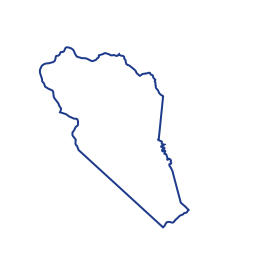 the district of La Trinidad, Comayagua, Honduras, rotated 231°
{"feature_id": "27666195B66687640419438", "entity_name": "La Trinidad", "entity_type": "district", "adm_level": 2, "iso_a3": "HND", "parent_name": "Honduras", "parent_adm1": "Comayagua", "projection": "mercator", "projection_center": [-87.659, 14.702], "detail": "fine", "context": "isolated", "style": "outline", "palette": "blue", "viewbox_px": 256, "rotation_deg": 231, "n_neighbors": 0, "source": "geoboundaries", "source_scale": "gbopen_adm2", "svg_char_len": 5721}
<svg xmlns="http://www.w3.org/2000/svg" viewBox="0 0 256 256"><g transform="rotate(231 128 128)"><path d="M191.0,167.5L190.8,165.5L190.9,164.9L191.9,163.9L192.8,163.5L193.2,163.3L193.4,163.1L193.7,162.7L194.4,161.5L195.1,160.6L195.4,160.4L197.1,159.7L198.5,158.9L199.2,158.3L200.1,157.8L200.4,157.5L200.6,157.3L201.0,156.6L201.1,156.1L201.0,155.8L201.0,155.6L201.4,154.5L202.6,151.7L202.8,151.1L202.7,150.9L202.4,150.6L202.2,150.5L201.9,150.4L201.7,150.2L201.5,149.8L201.4,149.2L201.3,148.9L201.5,148.2L201.5,147.7L201.4,147.3L201.2,146.8L201.2,146.4L201.2,145.9L201.3,145.4L201.6,144.3L202.3,142.7L202.4,142.4L202.6,142.2L203.2,141.8L204.1,141.3L206.9,140.1L207.7,139.7L208.2,139.4L208.8,138.9L209.5,138.2L210.7,136.9L211.2,136.3L211.4,136.0L212.1,135.6L214.5,133.9L214.9,133.6L215.4,133.4L215.7,133.2L216.1,133.2L217.3,133.3L219.4,133.6L221.1,134.2L222.4,134.5L222.9,134.5L223.9,134.4L224.6,134.3L225.4,134.1L227.6,132.7L228.0,132.5L228.7,131.8L229.1,131.4L229.4,131.0L229.5,130.7L229.5,130.3L229.5,130.0L229.5,129.7L229.0,128.7L228.1,126.9L227.9,126.5L227.9,126.2L228.0,125.6L228.3,124.9L228.5,124.5L229.1,123.9L229.3,123.5L229.3,123.3L229.2,123.0L228.7,122.2L228.3,121.4L228.1,120.9L228.0,120.5L228.1,119.8L228.2,119.1L229.1,117.8L229.1,117.6L229.1,117.4L229.0,117.1L228.8,116.7L227.8,115.6L227.4,115.0L226.9,114.4L226.5,113.8L226.4,113.5L226.3,113.1L226.3,112.7L226.3,112.3L226.3,111.5L226.5,110.9L227.2,109.3L227.8,108.3L227.8,108.1L227.9,107.7L228.0,107.5L228.4,106.8L229.1,105.8L229.5,105.3L229.7,104.9L229.9,104.4L230.2,103.6L230.4,102.9L230.6,100.9L230.4,99.9L230.3,99.4L229.9,98.7L229.5,98.1L229.3,97.4L228.9,96.7L228.7,96.4L227.8,95.4L226.9,94.8L226.5,94.5L225.4,94.0L224.0,93.4L221.5,92.5L220.6,92.2L219.8,91.7L219.0,91.1L218.4,90.8L217.9,90.7L216.3,90.8L215.2,90.7L214.9,90.6L214.4,90.4L213.9,90.1L212.9,89.8L212.5,89.7L212.1,89.7L211.5,89.9L208.2,91.0L207.8,91.2L207.1,91.7L204.7,92.8L204.3,92.8L203.8,92.8L203.3,92.6L202.6,92.2L199.0,90.0L198.6,89.8L198.1,89.7L197.7,89.6L195.2,89.5L192.1,89.4L191.5,89.4L191.0,89.3L190.4,89.2L189.4,88.8L188.3,88.5L187.3,88.4L185.8,88.3L185.4,88.2L184.9,88.0L184.6,87.6L184.0,86.7L183.0,85.0L180.3,86.9L177.9,88.4L177.0,88.7L176.1,89.0L175.4,89.2L174.5,89.3L173.7,89.6L173.2,90.0L170.4,91.3L169.7,91.7L169.2,92.0L168.1,93.2L167.2,94.0L166.7,94.0L166.2,94.0L165.7,93.8L165.4,93.7L164.1,92.9L162.6,91.7L162.0,91.1L161.8,90.8L161.6,90.4L161.6,90.1L161.6,89.4L161.7,88.6L161.7,88.0L161.4,87.3L160.1,84.5L159.8,83.5L159.7,82.7L159.6,82.3L159.4,82.1L159.0,81.6L158.0,80.8L157.6,80.5L157.3,80.3L156.9,80.2L156.5,80.1L155.8,80.1L154.8,80.2L153.0,80.0L152.3,80.1L151.7,80.0L151.5,79.9L151.1,79.3L150.6,78.8L150.4,78.6L149.1,77.5L148.4,77.1L148.1,77.0L147.6,76.9L147.2,76.9L146.5,77.1L146.3,77.1L145.9,77.0L145.4,76.9L144.7,76.6L144.0,76.4L143.1,76.2L142.8,76.0L142.2,75.7L28.8,92.7L28.8,93.8L29.1,95.3L30.0,97.3L30.2,98.1L30.3,98.3L30.3,98.6L30.2,99.0L29.9,99.9L29.8,100.1L29.6,100.3L29.2,100.8L28.5,101.5L27.7,102.0L26.8,102.7L26.4,103.2L26.3,103.4L26.2,103.6L26.2,104.2L26.2,104.8L26.5,106.2L26.7,106.8L26.8,107.0L26.8,108.4L26.8,109.2L27.1,111.6L27.2,112.5L27.1,113.3L27.0,114.0L26.6,115.2L26.4,115.7L26.3,116.1L26.3,116.6L26.4,117.2L26.5,117.5L26.4,118.0L26.4,118.4L26.2,118.8L25.7,119.6L25.5,120.0L25.4,120.2L25.5,120.6L25.8,121.6L26.0,122.6L26.1,123.5L30.5,123.1L36.7,122.0L64.8,134.6L65.4,135.0L66.5,135.4L67.5,135.7L70.0,136.2L70.6,136.4L71.3,136.4L71.8,136.4L72.4,136.5L73.0,136.7L73.6,137.1L73.8,137.3L73.8,137.5L73.7,137.8L73.4,138.4L73.3,138.7L73.3,139.0L73.4,139.4L73.7,139.6L74.0,139.7L74.2,139.8L74.6,139.8L74.9,139.9L75.0,140.1L75.2,140.4L75.3,140.6L75.5,140.8L75.9,141.0L76.4,141.0L77.1,141.0L77.6,140.9L77.9,140.8L78.1,140.6L78.2,140.4L78.2,139.7L78.4,138.9L78.5,138.7L79.0,138.8L79.3,139.1L79.5,139.3L79.8,139.7L80.0,139.9L81.2,140.3L82.5,140.7L82.9,140.9L83.2,141.1L83.5,141.1L83.8,141.0L84.0,140.8L84.5,140.4L84.9,140.2L85.1,140.1L85.3,140.2L85.6,140.9L86.3,141.9L86.5,142.2L86.9,142.5L87.0,142.5L87.3,142.4L87.5,142.1L87.6,141.8L87.6,141.3L87.6,141.0L87.7,140.7L87.9,140.5L88.0,140.3L88.2,140.2L88.5,140.2L89.1,140.4L89.4,140.7L89.6,141.0L89.8,141.4L89.8,141.6L89.7,141.8L89.2,143.4L89.2,143.5L89.3,143.6L89.5,143.7L90.2,143.7L90.5,143.5L91.3,142.9L92.4,142.1L92.5,142.0L92.8,142.2L92.9,142.4L92.9,142.6L92.8,143.1L92.6,144.6L92.3,145.2L92.2,145.5L92.2,145.8L93.0,145.3L93.6,144.6L93.8,144.5L94.0,144.4L94.4,144.4L94.8,144.6L95.5,145.1L95.7,145.3L95.9,145.6L96.0,145.7L96.4,145.6L96.9,145.4L99.4,144.1L99.7,144.0L99.9,144.0L100.1,144.2L100.2,144.4L100.1,144.6L99.9,144.8L130.6,175.3L131.3,175.1L132.9,174.5L133.9,174.3L135.1,174.2L136.0,174.3L137.6,174.8L139.0,175.0L140.3,174.9L141.1,174.9L141.7,175.0L142.7,175.6L143.2,175.9L143.3,176.2L144.1,176.4L144.9,176.9L145.3,177.3L145.6,177.7L145.8,177.8L146.4,178.0L147.1,178.0L147.4,178.2L147.6,178.3L147.7,178.5L148.0,179.1L148.2,179.5L148.7,179.5L150.4,179.4L151.2,179.4L151.5,179.5L152.2,179.9L153.1,180.3L153.4,180.3L153.9,180.1L154.7,179.6L155.2,179.4L155.5,179.4L155.8,179.4L156.3,179.5L156.6,179.6L156.8,179.7L157.3,179.5L157.6,179.3L157.9,178.8L158.1,178.2L158.4,177.5L158.6,176.9L159.0,176.3L159.4,176.0L159.5,175.5L159.7,175.1L160.4,174.0L160.7,173.6L160.9,172.7L160.9,172.1L161.0,171.2L161.0,170.4L161.1,170.1L161.3,169.9L164.9,169.3L166.0,169.4L166.3,169.5L167.0,169.8L167.7,169.8L168.7,169.8L170.1,169.6L175.2,168.5L176.2,168.1L177.5,167.3L178.1,167.1L178.3,167.0L178.9,167.1L180.1,167.5L180.9,167.9L181.8,168.5L182.3,168.7L182.7,168.8L183.1,168.8L183.4,168.8L183.8,168.7L184.1,168.8L184.5,168.9L185.0,169.3L185.4,169.5L185.8,169.7L186.4,169.7L186.7,169.6L187.2,169.4L188.8,168.0L189.8,167.5L190.0,167.4L190.3,167.4L190.7,167.4L191.0,167.5Z" fill="none" stroke="#1e3a8a" stroke-width="2"/></g></svg>